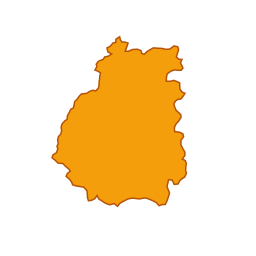 Cristinápolis, Sergipe, Brazil (Robinson projection), rotated 243°
{"feature_id": "56859067B95564871325424", "entity_name": "Cristinápolis", "entity_type": "district", "adm_level": 2, "iso_a3": "BRA", "parent_name": "Brazil", "parent_adm1": "Sergipe", "projection": "robinson", "projection_center": [-37.728, -11.484], "detail": "fine", "context": "isolated", "style": "filled", "palette": "amber", "viewbox_px": 256, "rotation_deg": 243, "n_neighbors": 0, "source": "geoboundaries", "source_scale": "gbopen_adm2", "svg_char_len": 2208}
<svg xmlns="http://www.w3.org/2000/svg" viewBox="0 0 256 256"><g transform="rotate(243 128 128)"><path d="M194.7,124.9L191.8,127.3L189.5,128.5L187.0,126.4L184.6,125.0L182.6,123.4L179.7,121.9L177.0,119.8L175.6,116.0L177.6,113.9L178.0,111.0L177.7,106.6L179.5,102.1L178.5,98.9L176.8,95.9L175.7,92.4L173.0,90.4L170.7,88.5L170.6,85.3L168.3,82.5L166.3,79.4L163.4,77.8L163.0,74.8L161.7,71.3L159.3,68.9L155.4,67.5L152.9,65.0L152.0,62.2L149.2,59.8L146.0,58.9L143.9,56.4L141.3,56.0L138.5,53.1L138.1,49.0L136.0,46.8L132.5,48.4L128.4,49.8L125.8,53.9L122.5,54.8L118.4,56.6L115.7,57.0L115.1,53.5L113.1,50.9L109.0,52.6L105.7,53.2L102.4,52.9L100.3,55.1L98.1,58.0L95.5,61.6L90.8,63.0L87.1,61.5L84.3,60.3L81.1,59.7L80.1,62.7L80.1,66.5L81.9,69.7L77.7,69.9L75.3,71.4L72.2,73.1L70.0,74.8L67.8,77.0L66.9,81.4L63.0,83.1L64.5,86.4L64.8,90.0L64.8,92.9L64.8,95.9L63.5,100.1L61.8,102.7L59.6,106.0L58.3,110.7L56.6,113.1L54.7,114.8L51.8,117.2L48.5,119.4L44.7,120.4L44.2,123.9L42.9,126.4L44.9,129.1L47.9,132.3L51.4,135.6L55.0,135.8L58.2,136.2L61.0,138.6L63.5,140.6L61.4,143.8L56.8,143.5L55.4,147.1L57.6,150.4L58.3,153.2L58.5,156.2L61.1,159.5L64.3,160.2L67.2,161.9L70.1,163.9L73.1,164.2L75.6,162.3L77.7,166.2L80.7,167.7L84.4,167.5L88.9,167.5L93.0,169.6L95.0,173.6L97.8,174.2L100.4,172.4L102.2,170.2L103.5,167.9L107.2,169.4L109.8,172.6L111.1,176.2L113.3,179.9L115.7,181.1L118.3,180.3L121.9,178.9L126.0,179.2L128.8,179.9L130.5,182.7L130.8,185.6L129.8,188.3L131.5,191.9L133.1,194.5L135.4,192.5L139.3,191.9L141.6,193.0L144.7,194.5L147.6,192.3L149.7,190.3L150.4,187.0L152.3,183.3L155.7,185.3L158.4,187.4L159.2,191.9L158.6,196.0L156.6,199.0L155.3,201.7L156.5,204.2L159.4,204.3L162.1,204.3L164.7,207.2L166.1,204.5L169.3,203.3L172.3,206.2L174.9,208.7L177.8,209.2L180.2,206.3L179.4,201.0L181.0,197.3L183.4,194.6L185.3,191.2L187.9,186.9L187.7,182.0L187.4,179.2L186.3,175.9L188.3,174.1L191.1,174.7L194.0,172.0L196.0,167.4L196.1,163.4L197.6,160.4L200.8,163.7L203.6,166.6L205.9,164.3L207.4,161.6L210.0,161.2L213.1,162.0L212.6,157.5L209.8,156.0L210.6,153.4L208.9,149.2L208.9,145.6L204.9,144.6L201.4,147.1L200.9,142.9L201.9,139.6L200.5,137.1L200.9,132.0L199.3,128.7L196.8,128.1L194.7,124.9Z" fill="#f59e0b" stroke="#b45309" stroke-width="1.5"/></g></svg>